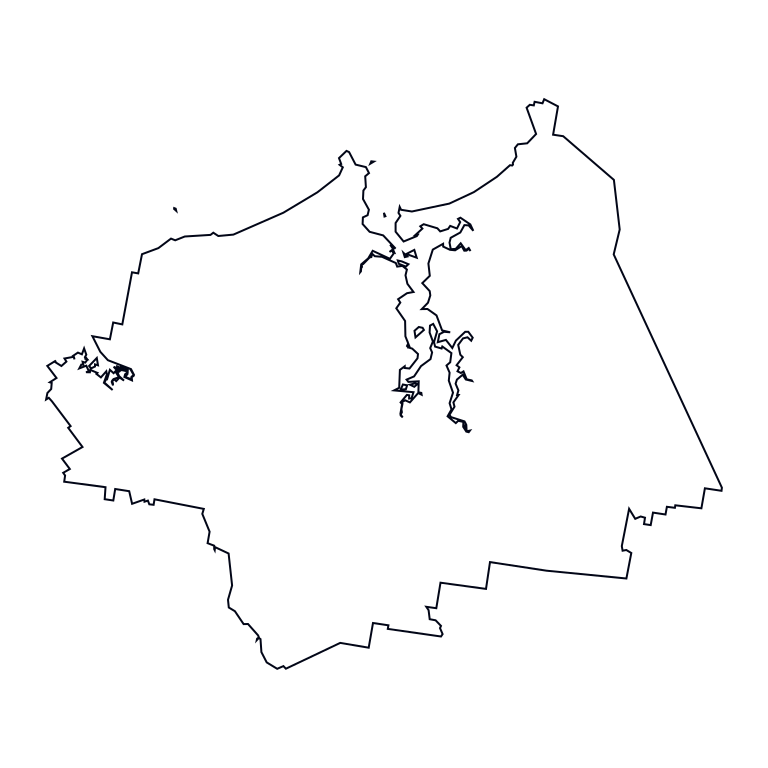 Latrobe (Tas.), Tasmania, Australia (Robinson projection)
{"feature_id": "25037944B83996664476279", "entity_name": "Latrobe (Tas.)", "entity_type": "district", "adm_level": 2, "iso_a3": "AUS", "parent_name": "Australia", "parent_adm1": "Tasmania", "projection": "robinson", "projection_center": [146.505, -41.235], "detail": "fine", "context": "isolated", "style": "outline", "palette": "ink", "viewbox_px": 768, "rotation_deg": 0, "n_neighbors": 0, "source": "geoboundaries", "source_scale": "gbopen_adm2", "svg_char_len": 6080}
<svg xmlns="http://www.w3.org/2000/svg" viewBox="0 0 768 768"><path d="M46.1,399.5L48.8,397.8L52.0,401.4L70.6,426.1L68.2,427.8L82.5,447.0L62.0,458.6L69.8,469.0L63.2,472.8L65.1,475.5L64.2,481.7L105.5,487.2L104.7,499.2L113.3,500.5L115.2,489.0L129.2,491.2L132.1,503.8L144.3,499.5L144.5,501.7L147.9,500.6L149.3,504.3L153.6,504.8L154.5,499.3L203.8,508.9L202.3,513.9L209.6,531.7L207.6,543.2L214.2,545.7L214.2,549.1L214.7,550.1L215.0,547.1L228.6,553.5L232.1,585.5L228.0,599.8L228.8,607.5L234.9,611.2L243.6,624.1L248.0,624.0L258.1,635.4L258.9,637.4L257.1,638.7L256.8,640.1L258.8,637.9L260.5,639.1L261.4,652.1L266.7,662.4L277.2,668.8L283.4,666.1L285.9,668.7L340.2,642.9L368.7,647.7L373.0,623.0L388.4,625.3L387.8,628.9L441.0,636.5L442.6,634.1L440.0,628.1L441.0,625.9L435.6,620.3L429.7,619.2L428.6,610.2L426.3,606.8L436.3,608.2L440.5,582.7L486.0,588.9L490.0,562.1L546.6,570.7L626.4,578.5L631.3,553.0L626.3,550.0L622.6,550.7L621.8,546.1L629.1,508.8L635.2,518.8L640.7,516.5L645.0,517.7L644.0,524.1L650.7,525.1L653.0,512.6L665.5,514.5L666.9,506.8L674.9,507.8L675.3,505.3L701.4,508.3L704.9,488.3L721.5,490.8L721.9,487.7L613.7,254.4L619.7,229.5L613.9,179.9L563.2,136.2L553.1,134.7L558.0,106.4L544.2,99.2L542.5,103.3L534.6,101.8L533.8,105.4L529.8,104.8L526.6,107.7L536.1,134.0L527.2,143.3L517.9,144.3L514.9,148.0L516.4,156.7L512.8,162.8L513.0,164.6L512.2,165.5L510.0,165.2L496.9,176.8L473.9,192.1L449.3,203.6L411.9,211.5L401.1,209.8L399.7,206.9L398.5,212.9L400.4,215.9L395.6,223.0L395.6,231.7L403.6,241.5L416.8,236.1L417.7,234.8L415.4,235.0L422.4,228.6L420.3,226.3L423.7,224.2L437.4,228.3L440.2,231.4L448.1,228.9L450.2,225.9L457.0,228.5L460.2,222.1L458.0,218.9L460.4,217.7L470.3,224.4L473.3,230.8L468.7,225.4L464.4,225.1L460.3,232.5L450.7,237.8L449.5,242.6L450.8,249.2L455.7,248.9L460.7,243.3L465.7,250.2L468.7,248.0L470.5,251.0L468.8,248.8L466.5,250.6L464.3,250.7L461.7,246.1L455.1,250.3L450.0,249.8L443.2,246.6L443.1,243.8L432.8,249.6L428.4,263.5L429.8,275.8L422.3,283.1L429.7,291.1L430.3,295.4L428.0,302.7L421.8,309.1L427.5,309.0L436.5,315.4L442.1,330.4L450.2,332.3L444.1,331.8L439.4,334.2L437.8,342.2L445.9,339.9L452.3,348.0L455.9,340.6L465.2,331.8L468.3,331.8L472.7,337.7L471.2,340.7L467.5,337.3L463.0,338.4L458.2,344.9L460.3,354.7L462.8,357.2L456.6,365.2L459.4,367.4L457.5,371.3L460.9,373.0L463.5,371.4L466.7,379.3L471.7,380.4L472.1,381.0L465.8,379.5L462.7,374.7L456.9,379.6L455.6,383.7L458.4,390.4L457.1,395.0L458.6,395.0L453.4,402.4L454.5,406.7L449.5,414.8L451.0,417.1L464.5,421.4L466.3,424.9L466.6,431.3L469.9,430.6L468.7,432.2L466.3,431.6L463.2,426.8L463.4,421.9L458.2,420.8L455.8,423.1L447.6,416.3L451.5,409.4L449.6,403.2L453.0,392.7L448.8,380.6L449.6,372.7L446.5,365.5L450.2,362.3L451.4,353.1L442.3,346.5L441.6,348.5L435.1,346.6L434.0,342.1L437.1,331.3L433.2,323.9L430.0,325.6L429.6,332.5L432.9,341.5L430.2,348.1L432.1,352.4L430.5,359.1L421.0,366.1L414.1,376.4L406.6,379.6L408.4,381.9L418.7,381.3L418.4,392.3L421.3,392.9L421.6,394.7L418.2,393.0L409.9,402.4L405.2,400.3L402.1,402.0L402.5,403.7L401.4,409.2L401.9,412.2L400.7,414.6L402.7,417.4L400.7,415.5L400.4,413.8L402.1,404.1L400.6,402.4L406.9,394.9L409.2,395.3L409.1,398.5L411.5,398.4L413.5,392.2L394.1,390.4L399.2,387.8L399.9,369.9L404.7,366.3L404.7,368.0L409.5,368.5L417.5,358.3L418.0,354.0L412.2,348.6L408.2,347.4L407.0,346.0L407.9,344.1L408.3,347.3L409.5,346.7L405.4,336.3L405.1,321.0L396.3,308.3L400.3,302.6L398.1,299.2L407.0,293.2L413.5,292.0L407.4,283.8L405.5,275.3L406.9,269.5L402.4,265.9L397.2,266.6L395.8,263.0L382.0,256.8L374.8,256.2L372.2,253.8L371.3,257.1L369.7,257.4L363.1,264.1L361.6,264.5L362.0,266.9L361.2,268.1L360.9,271.4L360.3,272.1L361.2,264.4L368.2,258.4L372.7,250.8L389.9,258.8L393.7,253.5L392.8,251.9L394.3,252.5L393.1,249.8L389.5,251.9L393.2,249.1L390.2,244.7L395.6,248.6L383.2,235.4L369.6,231.8L362.6,224.0L362.9,217.4L367.6,215.2L368.9,209.7L363.0,199.0L363.4,190.5L365.9,187.2L365.2,176.3L369.0,173.1L365.9,167.1L355.6,164.6L349.1,152.1L346.5,150.9L339.0,158.1L341.2,164.0L339.6,164.8L342.8,167.3L339.1,175.4L317.4,192.3L283.4,212.7L233.4,234.6L218.3,236.0L213.3,232.7L210.5,234.9L184.8,236.5L175.2,240.3L171.0,238.6L158.4,248.1L142.0,254.2L138.2,273.4L132.0,272.3L122.3,324.4L113.2,322.5L109.9,339.3L92.4,336.2L100.3,351.8L107.9,360.2L131.0,369.1L134.0,374.9L133.6,375.9L131.7,377.2L132.0,380.4L124.4,377.0L125.1,374.3L127.6,372.1L126.4,369.4L124.2,369.1L126.7,370.5L125.8,371.0L117.9,369.2L117.8,371.0L120.0,370.8L119.4,371.5L118.8,371.8L118.2,371.9L119.4,371.2L116.9,370.9L119.0,376.0L124.0,380.6L119.6,377.5L116.2,381.1L114.1,379.2L112.0,381.7L112.9,383.1L113.0,385.4L111.7,381.9L112.2,380.6L113.5,379.1L119.0,377.2L115.3,371.4L113.6,373.2L109.9,369.8L106.8,380.1L106.7,378.5L104.3,382.5L112.6,390.0L103.9,382.8L106.9,374.4L106.3,371.3L100.9,377.4L96.4,373.9L97.4,372.9L90.3,369.9L89.9,372.3L86.0,372.2L88.9,371.3L86.3,365.7L79.3,368.4L81.3,364.6L83.3,364.7L82.6,361.8L85.2,362.6L87.4,359.7L84.5,358.4L87.0,359.0L86.1,357.8L85.7,357.9L85.3,357.3L85.0,357.4L84.9,357.2L86.3,354.7L84.1,348.4L81.9,354.3L77.9,352.6L73.0,355.9L73.9,356.9L74.5,359.4L73.7,356.8L64.5,358.5L66.4,361.6L61.4,366.0L54.9,361.9L55.9,360.6L47.3,365.9L56.5,378.0L49.8,382.3L51.7,382.9L51.2,389.0L47.4,393.0L46.1,399.5ZM127.5,374.0L125.2,376.9L131.0,379.2L131.5,376.8L133.7,375.0L130.2,368.9L122.6,366.0L127.8,369.6L127.5,374.0ZM415.5,337.4L423.9,330.0L422.6,327.8L418.8,327.0L414.5,330.8L415.5,337.4ZM406.3,254.0L416.7,257.7L414.3,249.9L406.3,254.0ZM89.1,366.0L91.1,368.4L95.0,366.5L95.0,364.4L98.0,365.3L96.8,358.0L89.1,366.0ZM400.7,389.6L405.9,389.2L407.1,385.3L402.9,384.5L400.7,389.6ZM408.4,264.2L401.8,261.4L397.8,260.5L398.8,263.8L405.9,266.6L408.4,264.2ZM410.0,384.7L414.3,386.8L417.5,384.0L415.0,383.3L410.0,384.7ZM117.1,366.3L116.9,368.1L113.7,366.8L115.6,368.9L123.2,368.8L120.6,365.4L122.3,368.7L117.1,366.3ZM403.5,252.9L404.8,257.1L407.3,256.5L403.5,252.9ZM371.3,161.3L370.3,163.7L373.8,161.6L371.3,161.3ZM383.9,212.8L384.5,216.5L385.4,216.2L383.9,212.8ZM464.5,425.7L465.6,428.7L465.6,424.8L464.5,425.7ZM176.2,210.8L175.7,208.7L174.2,208.1L174.1,208.9L176.2,210.8Z" fill="none" stroke="#020617" stroke-width="2"/></svg>